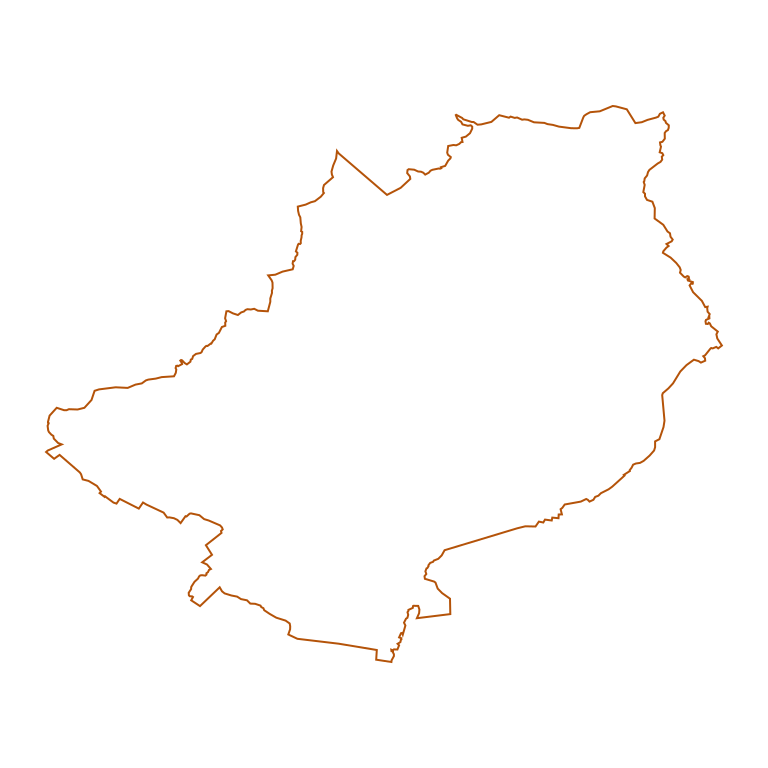 the district of Pomezeu, Bihor, Romania
{"feature_id": "2599482B80861460675946", "entity_name": "Pomezeu", "entity_type": "district", "adm_level": 2, "iso_a3": "ROU", "parent_name": "Romania", "parent_adm1": "Bihor", "projection": "robinson", "projection_center": [22.3, 46.795], "detail": "fine", "context": "isolated", "style": "outline", "palette": "amber", "viewbox_px": 768, "rotation_deg": 0, "n_neighbors": 0, "source": "geoboundaries", "source_scale": "gbopen_adm2", "svg_char_len": 6084}
<svg xmlns="http://www.w3.org/2000/svg" viewBox="0 0 768 768"><path d="M450.0,598.7L442.1,593.1L437.7,588.6L435.5,582.6L434.2,581.6L424.9,578.8L424.5,576.2L426.3,574.0L425.4,571.3L426.5,568.4L427.3,568.1L428.5,566.2L428.4,565.3L430.2,562.9L433.1,561.8L433.8,560.6L438.3,558.8L441.7,555.4L444.6,550.2L517.2,528.3L525.3,526.3L535.5,526.5L538.9,521.6L543.3,522.5L545.0,519.6L551.7,520.5L552.3,517.6L558.5,518.2L558.7,514.5L561.9,514.4L560.6,509.2L562.3,507.9L564.7,504.5L580.8,501.6L586.2,499.0L587.8,499.8L589.5,501.6L593.4,499.8L595.2,496.9L598.4,495.7L600.9,493.2L608.6,489.3L612.2,486.7L624.5,475.6L623.8,474.9L629.9,471.0L629.7,470.2L631.6,467.7L633.1,464.7L635.9,463.5L640.0,462.9L643.6,460.9L649.6,455.6L654.1,450.5L655.1,447.2L655.1,441.4L659.4,439.2L663.5,427.1L664.5,420.7L662.2,395.1L662.8,393.2L668.4,388.4L673.0,383.4L680.3,371.5L686.5,365.1L693.9,359.7L698.6,361.1L700.9,362.6L705.2,360.7L705.0,358.3L703.3,356.2L705.1,355.3L710.2,348.9L711.2,348.0L712.7,348.4L716.3,346.9L718.2,348.4L721.9,345.5L717.3,338.5L716.4,334.3L717.8,331.6L711.2,326.3L709.8,323.4L708.7,322.7L707.8,324.0L705.9,323.8L705.5,321.2L706.0,319.9L709.4,318.4L709.3,316.7L708.7,316.8L709.7,314.1L707.6,311.7L707.2,308.1L707.6,306.7L705.2,307.1L701.9,300.9L693.1,292.2L689.6,285.4L691.1,283.5L692.6,283.8L692.9,283.0L692.2,282.4L692.5,282.0L687.9,280.5L687.5,279.2L689.1,279.0L688.5,278.0L688.9,277.2L688.5,276.5L687.2,276.1L685.2,277.4L683.8,276.6L680.0,272.7L680.7,270.0L679.7,267.3L676.2,262.9L670.6,257.6L662.9,252.8L663.3,251.3L666.3,247.8L668.6,246.0L666.5,244.0L671.7,241.3L672.7,239.6L670.5,236.7L670.0,233.3L667.5,231.5L663.3,224.8L654.6,218.5L654.8,208.1L652.4,201.7L647.0,199.9L645.0,196.4L645.0,193.7L643.3,192.1L644.7,184.9L643.7,182.0L644.3,181.1L644.7,178.4L647.1,175.5L648.0,172.1L649.4,169.9L657.7,163.5L660.5,161.9L662.2,159.6L661.8,156.7L663.3,155.1L662.3,153.2L659.7,152.3L661.0,146.6L660.4,145.3L660.0,142.4L662.4,141.8L664.8,138.7L664.7,133.0L666.0,131.2L667.9,130.1L668.7,127.9L668.8,125.3L665.9,122.8L665.5,121.2L663.7,119.6L663.3,117.8L664.7,115.6L663.0,112.3L659.9,113.8L658.3,116.7L656.0,117.6L647.5,119.9L641.8,122.2L635.4,123.1L626.8,109.3L615.9,106.4L612.7,106.0L599.8,111.3L590.2,112.2L586.5,114.2L584.2,115.8L583.3,117.4L579.3,127.9L577.0,128.3L571.1,128.2L558.9,126.6L552.9,124.9L547.5,124.1L544.4,122.9L534.0,122.3L527.9,119.8L524.3,119.4L522.1,119.7L517.1,117.5L514.7,117.9L510.6,116.6L509.0,117.7L499.2,115.2L491.4,121.9L481.2,124.4L477.5,124.7L473.6,122.0L471.8,122.0L463.3,119.3L462.2,118.0L456.2,114.8L455.8,115.1L457.1,118.3L458.2,119.9L461.1,121.8L462.5,124.4L467.9,125.8L470.7,125.3L472.2,126.6L472.2,128.7L470.0,133.2L465.9,136.6L461.7,137.8L462.5,142.0L461.0,142.2L459.3,143.9L456.2,145.3L453.4,145.0L448.2,146.0L447.2,152.6L447.9,154.7L450.8,157.1L450.4,158.4L448.2,160.6L445.2,165.9L440.9,167.2L441.3,168.2L440.0,168.7L438.7,168.5L432.4,169.8L430.5,170.7L428.8,172.7L425.2,174.6L423.3,172.7L421.0,171.7L418.1,171.5L414.2,169.7L408.7,169.2L407.5,170.1L407.2,173.1L409.9,176.4L410.3,178.9L400.7,187.8L387.0,194.9L338.7,153.4L337.0,151.0L336.1,158.5L333.2,165.5L331.5,171.6L331.9,174.6L333.0,177.2L324.0,185.0L323.1,188.1L323.2,192.1L323.9,193.0L320.8,196.7L314.9,201.2L310.8,202.3L305.7,204.6L297.8,206.6L298.1,210.9L299.0,214.8L300.3,217.3L300.8,223.3L301.6,227.0L301.1,231.2L302.2,231.9L302.2,233.8L301.6,235.3L301.5,237.4L300.7,240.9L300.8,243.2L300.1,244.0L298.6,243.8L298.0,244.7L295.9,251.4L297.4,252.7L297.3,254.8L295.4,257.1L295.2,259.7L294.0,261.2L293.0,261.2L292.6,263.7L293.7,265.9L292.7,269.3L282.6,271.6L275.3,274.7L268.2,275.4L271.7,280.4L272.5,282.6L272.6,288.2L271.9,290.7L272.0,292.9L270.3,298.5L270.3,301.8L267.8,311.3L257.9,310.7L254.2,308.8L250.8,309.5L247.4,309.2L245.6,309.9L243.9,311.5L241.2,312.4L237.9,315.0L233.0,313.4L228.5,311.1L226.4,311.3L225.1,318.3L226.1,321.2L225.2,322.5L225.3,325.8L221.9,327.0L218.9,332.9L216.6,334.5L214.7,339.3L213.1,340.7L211.4,343.5L211.1,343.3L207.5,346.0L206.3,345.9L205.3,346.7L202.7,349.6L201.6,352.1L200.5,353.0L196.0,353.9L193.1,356.1L192.2,358.9L190.8,359.6L190.4,361.7L186.9,364.4L184.6,363.0L182.2,360.4L181.1,360.0L180.3,360.6L181.8,362.9L182.1,364.1L178.1,366.2L177.5,365.7L176.2,365.9L175.6,368.1L176.3,369.5L175.8,372.8L174.0,376.3L161.7,377.1L155.8,378.6L148.3,379.6L145.9,380.4L141.8,383.4L135.5,384.6L127.7,387.9L115.6,387.3L99.0,389.4L94.6,390.8L91.5,400.0L84.4,407.8L77.6,409.5L68.9,409.2L66.6,410.2L64.1,410.2L56.7,407.8L49.6,415.6L48.0,421.8L48.0,422.8L48.7,423.2L47.6,425.8L48.2,430.4L48.9,432.0L51.4,434.7L53.3,435.9L53.8,438.6L58.1,443.0L61.7,444.4L47.8,450.5L46.1,452.0L54.1,458.8L59.6,454.9L79.9,472.5L81.1,474.3L82.7,479.4L88.5,480.9L97.0,486.0L101.0,491.6L99.6,493.1L104.6,496.9L105.0,496.3L113.5,502.6L116.5,503.6L119.7,498.9L138.8,508.6L143.0,502.5L146.5,504.6L163.6,512.6L167.2,517.5L169.5,517.4L173.9,518.2L177.4,519.9L180.6,523.1L185.5,516.2L186.5,516.5L189.6,513.7L191.0,513.4L199.4,515.2L204.1,519.1L208.7,520.5L220.1,525.4L222.0,527.5L222.7,529.4L221.0,531.0L221.5,532.9L205.9,545.2L212.0,554.8L202.2,562.3L207.0,564.5L210.9,569.0L209.0,569.9L208.0,572.1L206.4,573.3L206.5,574.6L205.4,575.6L202.0,575.2L200.3,575.4L199.1,576.4L198.0,578.6L194.5,581.8L191.7,586.2L191.2,587.1L191.1,589.1L188.7,592.8L188.9,595.3L189.7,596.2L192.2,596.4L193.0,597.0L191.2,600.3L200.0,606.1L219.7,587.3L222.0,591.3L224.6,593.4L231.4,595.5L237.1,596.6L241.0,599.1L247.0,600.3L250.3,603.6L255.1,603.8L260.5,605.6L261.3,607.1L263.4,608.2L264.2,610.2L269.7,613.9L276.3,617.7L285.6,620.6L289.7,623.5L290.2,626.3L290.1,629.3L288.3,634.5L297.4,638.8L338.7,643.7L376.8,650.0L376.2,659.7L391.4,662.0L391.6,660.3L393.9,656.1L393.9,654.2L393.0,652.5L393.0,651.5L391.5,651.2L391.3,649.7L393.0,650.3L393.9,649.4L397.4,649.5L399.1,645.3L397.6,643.8L400.4,642.1L400.9,639.7L401.4,639.4L401.3,638.2L399.1,637.4L401.0,633.2L402.2,632.9L402.8,634.6L405.4,625.5L404.0,622.7L406.0,618.7L407.4,617.8L408.2,614.8L407.5,612.2L408.3,611.1L408.4,609.9L412.8,607.9L413.0,606.1L413.4,605.8L418.2,605.9L419.4,609.5L419.1,613.2L416.9,618.2L450.3,614.1L450.0,598.7Z" fill="none" stroke="#b45309" stroke-width="2"/></svg>